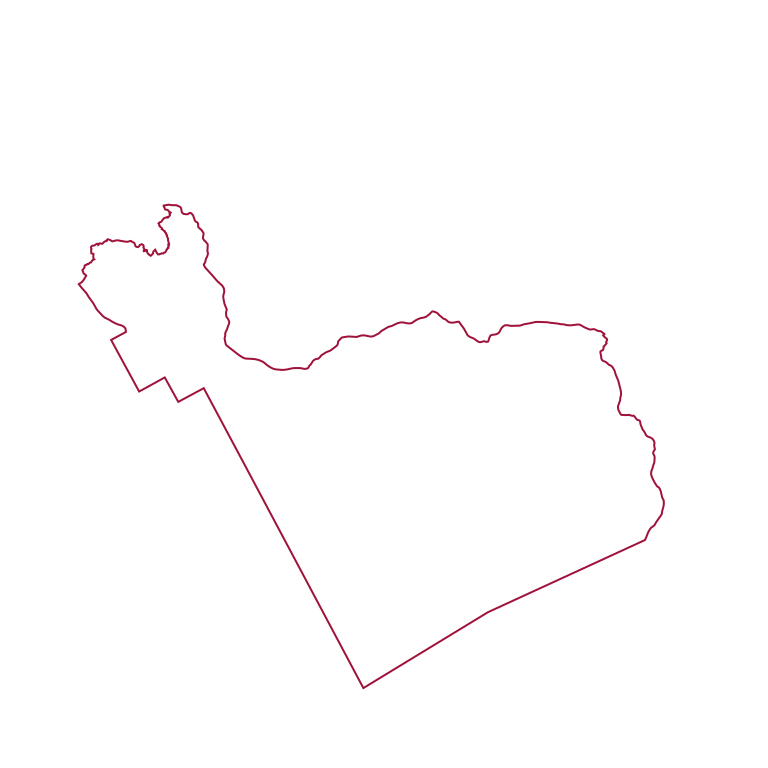 the district of Languiñeo, Chubut, Argentina, rotated 60°
{"feature_id": "61730980B26762692885030", "entity_name": "Languiñeo", "entity_type": "district", "adm_level": 2, "iso_a3": "ARG", "parent_name": "Argentina", "parent_adm1": "Chubut", "projection": "orthographic", "projection_center": [-71.241, -43.268], "detail": "fine", "context": "isolated", "style": "outline", "palette": "rose", "viewbox_px": 768, "rotation_deg": 60, "n_neighbors": 0, "source": "geoboundaries", "source_scale": "gbopen_adm2", "svg_char_len": 6153}
<svg xmlns="http://www.w3.org/2000/svg" viewBox="0 0 768 768"><g transform="rotate(60 384 384)"><path d="M637.0,553.9L633.6,408.0L649.6,236.0L647.6,233.2L644.6,229.5L642.8,226.4L642.3,225.3L642.0,224.2L641.6,220.6L641.1,219.6L639.8,217.5L635.8,208.9L635.0,208.0L633.1,206.6L629.8,203.2L627.9,201.7L624.7,200.0L621.2,199.8L615.5,198.0L613.2,197.6L610.8,197.7L609.8,198.4L608.7,198.7L605.1,198.9L600.4,198.7L598.0,198.4L595.7,197.8L594.7,197.2L592.8,195.7L591.4,193.8L588.9,191.3L587.4,189.4L585.5,188.0L582.5,186.1L581.3,185.8L579.0,185.7L578.0,185.1L577.1,184.2L576.1,182.1L572.7,180.9L571.7,180.4L570.8,179.5L569.7,179.0L567.9,178.7L566.2,178.8L565.1,179.2L563.5,180.1L561.2,182.0L560.1,182.5L558.9,182.6L555.4,182.4L553.0,182.8L551.3,182.6L547.2,182.0L545.0,181.1L543.7,180.9L542.8,181.4L542.0,182.4L540.4,182.9L537.4,183.3L536.2,183.7L535.8,184.8L533.3,187.2L532.8,188.3L530.8,191.9L529.4,193.9L527.7,194.2L523.5,193.9L521.3,193.1L520.3,192.5L516.4,187.9L513.6,185.8L511.9,184.1L510.4,183.2L507.6,182.1L498.5,179.5L492.0,178.7L488.0,177.7L483.8,177.6L481.6,178.3L479.7,179.7L477.4,180.3L475.7,181.0L473.8,182.5L472.3,183.2L470.5,183.0L468.3,182.0L465.0,180.9L464.0,180.2L463.9,179.0L464.1,177.9L463.7,176.8L462.3,175.6L461.3,175.1L461.2,173.9L460.0,170.8L458.8,170.7L457.5,168.8L456.4,168.4L453.6,169.5L451.4,169.9L451.0,168.2L449.9,168.5L446.5,170.0L445.8,171.3L444.6,172.5L442.5,173.8L441.3,175.0L439.9,178.3L438.6,179.5L435.2,182.0L430.6,184.7L429.5,186.1L426.7,192.7L425.5,194.7L424.1,196.6L422.4,198.3L420.4,201.3L418.8,203.0L415.2,207.8L414.6,208.8L412.3,211.5L407.2,219.6L406.1,221.7L404.3,227.3L402.3,232.9L401.6,236.4L401.2,237.5L397.2,244.9L394.9,247.6L393.7,249.7L393.6,250.8L393.7,252.0L394.3,254.3L396.6,257.9L397.1,259.0L397.2,260.1L396.9,262.5L395.9,264.7L395.4,266.4L395.3,267.6L396.6,269.6L398.7,271.8L399.3,272.8L398.9,274.0L396.9,276.1L396.0,279.6L395.3,280.6L393.8,281.6L389.5,283.5L386.7,285.7L384.6,286.9L383.5,287.2L375.8,287.1L367.5,288.0L367.0,289.1L365.4,293.6L364.8,294.6L363.3,296.5L362.4,297.2L359.6,298.1L358.1,298.9L357.2,299.8L356.2,300.3L355.0,300.5L352.8,301.5L349.4,302.3L347.4,303.6L345.6,305.2L345.3,306.3L346.3,309.8L346.8,313.9L346.4,316.2L345.2,319.6L344.8,322.0L344.7,324.9L345.1,329.1L344.9,330.2L344.4,331.4L343.5,332.9L339.7,337.4L338.9,339.1L338.1,341.9L337.6,348.4L336.8,351.3L336.7,353.7L336.8,359.7L337.6,363.1L337.3,369.1L336.8,370.8L335.9,372.3L332.3,376.4L331.4,377.9L330.6,379.5L329.6,384.1L325.0,391.1L322.8,396.7L322.8,397.8L323.1,399.0L324.2,402.4L326.2,404.0L326.9,404.9L327.3,406.1L328.2,413.2L328.2,414.3L327.6,417.9L327.8,423.8L328.7,426.0L329.2,428.4L328.3,430.6L328.3,433.0L328.6,434.1L330.3,437.3L330.9,439.6L332.2,441.6L332.2,442.7L331.4,445.0L328.3,448.6L325.3,453.8L324.4,456.0L323.0,460.5L321.6,463.8L320.4,465.9L317.0,470.7L315.3,472.4L312.3,474.3L309.1,475.9L304.6,477.5L300.8,480.3L298.3,482.9L296.2,485.8L293.0,490.8L291.4,492.5L289.3,493.7L286.1,495.3L271.8,501.1L270.6,501.2L265.0,499.4L262.4,497.0L261.2,496.6L259.6,494.9L258.3,492.8L255.9,490.2L254.5,488.3L253.6,487.4L252.6,486.9L250.3,486.6L246.7,486.8L243.4,485.3L240.8,482.9L234.9,482.1L229.3,480.2L227.2,479.1L224.7,476.6L223.7,475.9L221.5,475.0L220.4,474.8L218.0,474.9L211.2,477.0L205.4,478.1L193.8,480.6L191.4,480.6L190.3,480.2L189.2,478.0L186.6,475.7L185.9,474.7L185.4,473.6L182.9,471.1L180.6,470.5L175.6,467.2L174.6,466.8L171.1,467.4L170.0,467.9L167.6,468.0L166.6,467.5L163.8,465.2L162.8,464.8L159.2,465.1L155.9,466.3L154.7,466.2L152.6,465.0L151.4,464.8L150.3,465.0L149.3,465.8L148.2,466.1L142.4,465.0L140.0,465.5L139.0,466.1L138.7,467.2L138.8,468.4L138.6,469.6L138.0,470.6L136.5,472.5L134.7,473.2L133.2,472.9L130.6,471.9L129.4,471.8L128.4,472.2L125.3,474.5L123.0,478.5L121.5,480.1L120.8,481.5L119.3,485.6L120.3,486.0L121.4,485.9L123.1,486.3L123.9,485.8L124.9,484.5L125.2,484.3L127.8,483.8L128.6,484.2L128.5,483.2L128.9,483.0L129.4,484.1L130.9,485.1L131.8,487.5L131.1,488.1L131.4,488.7L130.8,489.2L130.8,489.9L130.4,491.6L130.8,492.3L130.9,493.1L132.0,495.4L132.1,495.9L131.8,497.3L132.2,498.3L132.6,498.5L132.1,498.8L132.2,499.0L133.1,498.7L134.2,499.3L135.1,499.5L135.5,499.1L136.1,499.2L137.6,498.5L138.8,498.6L139.0,498.9L139.5,498.4L140.3,498.3L141.6,497.9L141.8,497.6L142.4,497.7L142.6,497.5L143.2,497.7L144.1,497.4L144.4,497.4L144.7,497.7L145.3,497.5L145.9,497.8L146.7,497.5L147.5,498.1L150.1,498.3L151.2,499.1L154.4,499.9L155.0,500.6L155.3,500.4L155.4,500.9L155.9,500.9L155.8,501.3L156.9,501.5L157.4,502.5L157.8,502.5L157.8,502.8L158.3,502.9L158.2,503.3L158.4,503.9L158.8,504.2L158.8,504.8L159.1,505.3L159.4,505.4L159.9,506.5L160.6,507.4L160.6,507.9L160.3,509.0L160.6,509.9L159.6,511.4L159.7,512.2L159.3,513.2L159.4,513.8L158.8,514.9L157.0,515.2L153.3,515.0L153.9,517.4L154.7,518.2L155.6,518.7L155.7,519.6L156.0,520.3L156.1,521.3L156.3,521.9L154.6,522.8L153.1,523.2L151.3,523.2L149.7,522.4L149.2,522.5L149.0,522.9L149.3,524.5L149.2,525.0L148.9,525.6L148.1,525.2L148.2,524.6L147.7,524.1L146.6,524.0L145.6,524.2L144.4,523.1L143.2,523.1L141.8,523.9L141.5,525.9L142.2,526.9L142.4,528.1L142.3,528.8L141.5,529.7L140.6,530.3L137.2,529.7L136.6,529.9L134.5,531.3L133.7,531.5L133.3,532.0L133.2,532.8L132.5,535.2L131.1,537.2L126.3,542.9L125.5,544.8L124.6,548.1L122.8,548.9L121.0,550.3L120.5,551.1L120.6,551.7L121.3,552.2L121.5,552.9L121.0,553.7L121.1,556.0L121.7,557.4L121.5,558.2L120.0,559.9L120.0,560.3L120.6,561.3L120.7,562.0L119.9,561.8L119.3,562.0L119.1,562.5L119.0,563.3L119.2,565.0L119.1,566.2L118.4,567.3L118.5,568.7L119.0,569.3L119.9,569.8L120.9,569.8L121.6,570.7L124.5,572.1L126.1,570.6L128.7,572.3L129.9,572.8L131.2,572.6L131.0,574.4L131.4,575.6L132.2,576.8L131.9,577.6L132.3,580.1L131.7,581.0L132.1,582.1L131.7,583.2L131.8,584.0L132.4,584.6L133.3,585.0L134.0,586.6L134.5,588.0L134.9,588.4L136.0,588.4L138.1,588.9L140.4,587.8L141.2,587.7L143.5,591.6L144.7,594.8L144.9,598.4L149.8,597.7L156.7,596.3L161.4,596.2L168.4,595.4L175.4,595.5L177.8,595.1L184.6,593.5L186.8,592.7L190.8,590.0L194.9,587.8L198.8,585.1L202.2,581.9L204.2,580.7L206.5,580.1L209.9,581.5L209.4,598.3L268.1,599.8L268.7,570.6L296.6,571.1L297.5,542.2L384.7,545.1L528.2,550.1L637.0,553.9Z" fill="none" stroke="#9f1239" stroke-width="2"/></g></svg>